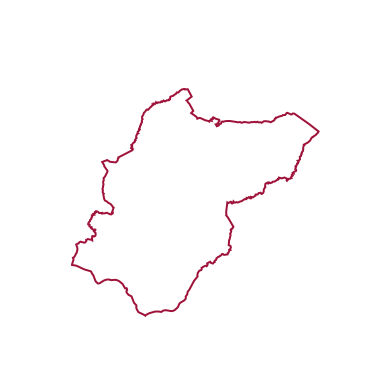 Huamboya, Morona Santiago, Ecuador, rotated 152°
{"feature_id": "8360857B57232990650034", "entity_name": "Huamboya", "entity_type": "district", "adm_level": 2, "iso_a3": "ECU", "parent_name": "Ecuador", "parent_adm1": "Morona Santiago", "projection": "orthographic", "projection_center": [-77.997, -1.985], "detail": "fine", "context": "isolated", "style": "outline", "palette": "rose", "viewbox_px": 384, "rotation_deg": 152, "n_neighbors": 0, "source": "geoboundaries", "source_scale": "gbopen_adm2", "svg_char_len": 6083}
<svg xmlns="http://www.w3.org/2000/svg" viewBox="0 0 384 384"><g transform="rotate(152 192 192)"><path d="M291.3,104.7L290.7,105.1L286.4,105.0L280.5,103.7L277.4,102.0L275.4,100.5L273.1,100.8L271.8,100.4L270.4,99.8L266.3,96.6L264.4,95.9L262.5,95.9L258.6,96.9L255.7,99.2L254.6,99.7L250.1,99.9L248.2,100.4L247.3,101.2L246.6,102.7L244.3,103.8L242.7,105.9L240.2,107.0L231.9,112.6L226.7,114.8L226.4,115.9L224.8,117.9L222.4,119.1L220.5,118.7L219.5,119.5L219.1,120.6L215.5,120.7L214.2,120.3L213.9,119.6L213.2,119.8L212.3,120.6L212.3,121.7L212.0,121.9L209.1,121.9L208.6,121.8L208.7,120.8L208.4,120.4L207.3,119.1L206.8,119.0L205.6,119.7L204.9,119.5L204.2,120.7L202.8,120.7L202.1,121.2L201.7,121.9L199.4,122.4L198.0,122.2L197.1,122.5L196.1,122.4L194.4,123.1L193.8,122.7L193.2,121.4L189.8,120.2L189.2,121.2L188.2,121.3L186.5,122.9L185.6,122.8L186.0,123.6L184.8,123.8L183.6,125.0L183.4,126.4L184.5,127.9L181.8,132.1L180.8,132.8L178.1,136.0L177.9,137.3L176.8,137.9L175.6,139.2L175.7,140.4L174.7,140.8L173.4,140.7L172.8,141.5L171.8,141.8L172.2,152.2L172.8,155.4L172.3,155.7L171.3,158.2L165.7,166.2L165.1,165.2L162.3,165.2L162.0,164.6L162.4,163.4L162.0,163.0L161.0,163.0L159.8,164.2L159.6,163.2L159.1,162.4L157.5,162.2L156.4,161.1L154.0,161.0L152.5,160.6L149.1,161.0L147.4,160.2L146.6,161.2L145.7,160.5L144.2,160.8L143.8,160.4L143.6,159.0L143.0,158.7L142.5,158.9L142.1,159.9L140.8,158.7L137.6,159.0L137.0,159.9L135.2,159.0L133.6,159.7L131.7,159.1L131.6,157.7L131.3,157.5L129.6,157.8L128.5,158.7L127.6,160.3L126.3,161.3L125.0,161.8L124.8,162.8L123.3,164.8L120.8,164.8L120.7,163.8L119.5,164.3L118.9,163.1L116.8,162.8L116.1,163.2L113.8,162.4L111.2,162.8L110.3,162.5L109.9,163.3L108.8,162.9L108.4,163.8L106.2,161.8L103.6,161.4L101.9,159.2L103.0,157.8L102.9,157.3L100.3,158.2L98.8,157.6L98.4,157.9L97.6,157.7L97.7,158.4L96.8,159.1L96.1,159.0L95.9,159.9L95.2,159.7L95.2,160.5L94.6,160.8L94.3,161.4L93.5,160.7L93.4,161.7L92.5,162.0L91.2,161.7L90.1,161.8L89.6,162.8L90.1,163.7L89.0,164.7L88.9,165.5L88.3,165.5L88.1,166.3L87.1,166.3L86.2,167.5L85.0,167.5L84.8,168.4L83.7,168.6L83.5,168.9L83.8,169.9L82.8,169.6L81.3,170.2L80.3,172.5L78.9,172.6L77.9,173.9L77.2,174.1L77.2,174.7L76.4,175.2L76.4,175.5L74.6,176.2L72.8,179.2L71.8,180.3L70.8,180.6L70.9,181.3L66.3,181.3L63.5,182.0L61.4,183.5L59.8,184.0L59.4,183.7L58.8,184.0L55.6,184.3L54.6,184.9L53.5,185.0L51.8,186.0L56.7,197.0L64.8,213.1L66.1,214.0L67.6,213.7L68.1,213.9L70.7,217.2L71.3,217.3L73.5,216.3L75.7,217.2L76.6,217.0L79.5,217.7L82.2,217.9L83.1,218.3L83.6,217.6L84.6,217.7L85.7,216.7L89.7,216.6L90.9,218.0L94.1,220.2L95.5,220.7L98.0,220.4L98.5,221.2L100.5,222.2L101.2,223.3L102.8,223.5L103.6,224.5L105.1,224.9L106.8,225.9L108.9,226.3L113.0,229.3L115.7,229.8L116.7,231.2L118.4,231.8L125.2,236.9L127.7,238.2L130.2,239.2L131.5,239.3L132.1,240.0L133.2,240.0L134.2,238.8L135.7,239.0L137.4,238.2L139.2,238.4L139.3,240.5L138.6,240.2L137.5,240.6L136.9,240.5L134.3,242.2L134.1,242.8L134.4,243.4L136.4,245.2L138.2,248.0L138.7,247.9L138.8,247.2L139.5,247.2L139.6,246.5L140.8,246.4L141.0,247.2L141.3,247.3L141.8,246.8L141.7,246.1L142.3,246.7L143.7,246.0L144.0,246.8L146.7,249.2L149.9,253.4L151.0,254.1L152.9,254.2L152.7,255.1L152.8,256.3L155.7,262.1L152.8,263.0L152.9,271.1L153.5,273.3L153.4,274.9L153.7,275.3L147.5,276.4L147.5,284.7L150.1,285.9L150.0,286.3L150.4,286.6L152.8,287.3L155.8,286.9L157.2,286.2L158.8,287.1L160.0,286.2L162.3,286.1L163.0,285.8L166.4,286.3L167.9,284.2L168.9,283.9L169.3,284.5L170.1,284.1L171.2,284.8L173.2,284.6L174.2,286.1L175.1,285.7L176.0,286.2L176.3,285.7L177.1,286.3L177.9,286.0L180.1,287.1L180.6,286.8L180.9,287.3L181.8,287.3L181.8,288.1L183.5,287.1L184.4,288.1L184.9,287.3L185.4,287.3L185.7,287.7L186.0,287.0L187.1,287.0L187.9,286.4L188.6,286.5L192.3,285.2L192.9,285.9L193.6,286.0L195.5,285.0L197.3,284.5L198.7,283.1L200.8,281.8L201.5,280.5L201.4,279.5L202.1,279.2L203.2,278.1L203.2,277.4L203.7,276.8L204.9,276.3L205.5,275.7L205.5,275.3L207.1,274.5L207.4,273.8L208.7,272.9L208.7,271.9L209.4,272.2L210.0,271.0L211.4,270.8L212.2,269.8L212.0,269.0L213.1,269.1L215.0,267.6L215.8,266.2L215.6,265.8L217.5,265.0L217.6,264.1L218.3,264.1L218.5,263.6L219.1,263.4L219.4,262.9L220.5,263.0L221.7,262.6L222.8,261.6L223.6,261.9L223.7,261.4L223.3,260.7L223.7,259.6L224.2,259.4L224.5,259.8L225.0,259.4L224.6,259.1L224.7,258.4L224.1,257.6L224.4,257.4L224.9,257.7L225.2,256.9L240.9,257.1L241.1,256.3L241.9,256.0L242.9,254.7L245.0,253.9L245.9,254.2L250.2,257.2L251.9,260.0L257.2,260.7L257.0,257.0L257.4,255.8L256.7,250.6L257.1,249.6L261.7,246.4L263.5,245.8L264.4,243.8L265.8,242.6L266.7,240.0L267.6,239.3L268.2,238.0L269.2,237.3L269.7,236.4L269.8,235.3L270.9,234.0L271.0,232.9L270.7,231.9L271.4,231.6L272.8,227.1L272.9,225.5L271.5,223.3L271.0,221.7L269.6,219.8L269.0,217.4L269.0,215.9L268.5,215.0L270.9,212.8L271.9,210.4L272.4,210.3L272.7,211.2L273.8,210.2L274.7,210.7L277.0,213.7L278.6,214.0L281.5,215.2L281.2,215.8L283.8,216.9L284.3,218.7L285.3,219.7L285.9,219.3L286.2,219.9L286.8,219.4L287.2,219.7L287.6,218.9L288.4,219.0L288.7,218.7L289.2,218.9L289.0,217.8L291.4,218.4L291.7,217.0L292.6,216.8L293.0,216.0L293.5,215.9L294.1,215.3L295.2,215.1L295.9,214.1L297.5,213.7L297.9,213.0L298.8,212.5L298.8,211.9L297.8,211.1L298.7,209.7L297.2,208.0L298.1,207.5L298.0,207.1L296.8,205.1L295.2,204.4L295.0,204.0L295.3,203.7L297.0,203.5L296.4,201.0L297.4,199.1L298.3,198.6L299.5,198.7L300.3,199.8L300.9,199.8L302.0,198.1L302.8,196.2L303.3,197.1L306.2,199.4L307.3,199.2L307.9,199.4L308.6,198.1L310.3,197.6L311.4,198.2L313.6,200.4L315.1,200.5L316.4,199.8L317.4,200.1L318.9,200.0L319.5,196.4L320.3,194.8L322.7,192.2L323.7,191.9L325.1,190.6L327.1,189.7L328.0,189.8L328.3,188.0L332.1,184.2L332.2,183.8L329.6,182.0L328.3,180.7L323.4,174.2L319.1,170.0L318.4,169.0L318.6,167.0L318.2,164.9L319.0,159.0L318.8,157.4L318.0,155.4L316.7,154.8L311.6,155.2L309.1,154.9L306.6,153.9L304.7,152.1L301.2,150.6L299.7,149.5L298.2,147.5L296.5,143.5L296.3,138.3L294.9,137.8L294.8,137.5L295.3,135.9L296.5,135.2L296.9,133.9L296.4,131.1L294.4,128.3L295.2,121.4L294.3,118.0L295.5,116.0L295.8,114.7L295.7,111.1L292.3,106.5L291.3,104.7Z" fill="none" stroke="#9f1239" stroke-width="2"/></g></svg>